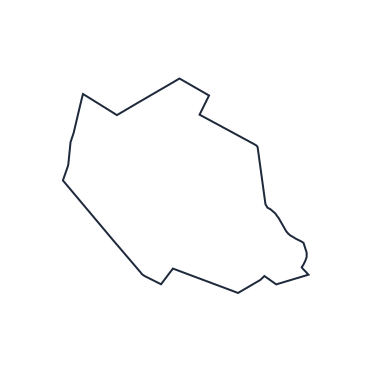 outline of Inhuma, Piauí, Brazil, rotated 206°
{"feature_id": "56859067B78283930257565", "entity_name": "Inhuma", "entity_type": "district", "adm_level": 2, "iso_a3": "BRA", "parent_name": "Brazil", "parent_adm1": "Piauí", "projection": "mercator", "projection_center": [-41.736, -6.681], "detail": "fine", "context": "isolated", "style": "outline", "palette": "slate", "viewbox_px": 384, "rotation_deg": 206, "n_neighbors": 0, "source": "geoboundaries", "source_scale": "gbopen_adm2", "svg_char_len": 803}
<svg xmlns="http://www.w3.org/2000/svg" viewBox="0 0 384 384"><g transform="rotate(206 192 192)"><path d="M200.6,96.1L197.6,95.7L179.4,95.5L175.6,114.8L110.0,121.1L106.4,121.4L92.0,143.0L90.1,148.2L75.8,145.9L51.1,168.7L54.6,170.1L58.8,171.6L60.4,172.5L60.0,175.7L60.0,179.8L60.5,183.9L62.4,187.8L69.5,195.2L72.8,195.5L78.0,195.5L81.7,195.9L84.2,196.0L87.1,196.7L90.1,198.0L102.6,206.5L104.8,207.6L107.8,209.3L114.0,210.9L117.3,211.0L120.6,213.2L152.7,261.1L154.3,262.0L156.5,262.2L170.4,262.8L219.1,264.8L219.0,286.2L253.0,288.5L263.4,272.9L266.1,268.9L277.2,252.3L278.9,249.8L293.2,228.2L315.3,230.5L332.9,232.3L332.6,230.4L330.3,219.9L324.3,193.3L323.0,183.5L315.2,162.4L314.8,160.2L313.1,145.8L272.6,127.8L243.4,114.8L203.4,97.4L200.6,96.1Z" fill="none" stroke="#1e293b" stroke-width="2"/></g></svg>